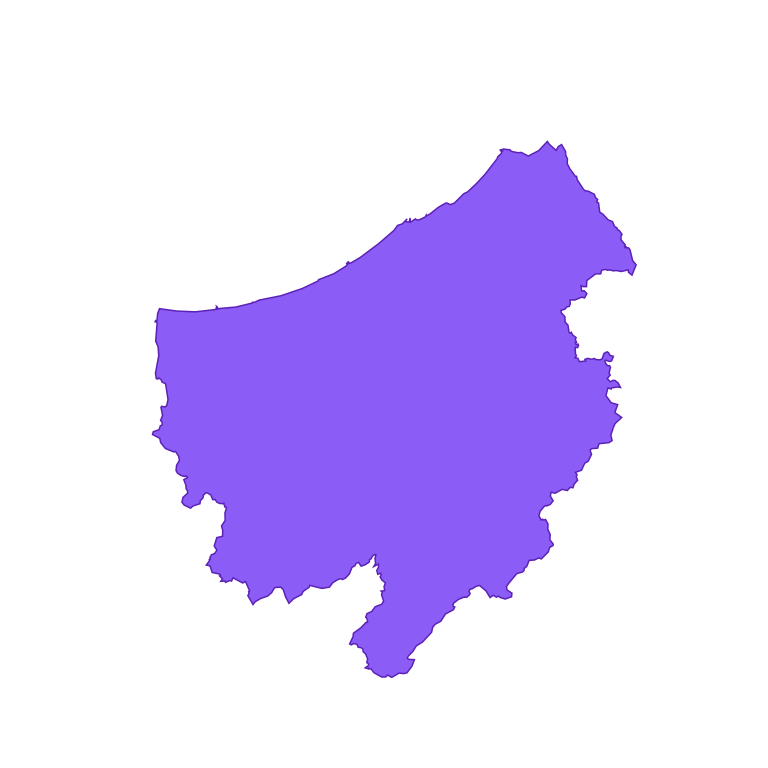 Abruzzo, Pescara, Italy (Robinson projection), rotated 287°
{"feature_id": "23120603B60396852211", "entity_name": "Abruzzo", "entity_type": "district", "adm_level": 2, "iso_a3": "ITA", "parent_name": "Italy", "parent_adm1": "Pescara", "projection": "robinson", "projection_center": [14.015, 42.289], "detail": "fine", "context": "isolated", "style": "filled", "palette": "violet", "viewbox_px": 768, "rotation_deg": 287, "n_neighbors": 0, "source": "geoboundaries", "source_scale": "gbopen_adm2", "svg_char_len": 6159}
<svg xmlns="http://www.w3.org/2000/svg" viewBox="0 0 768 768"><g transform="rotate(287 384 384)"><path d="M211.9,225.3L209.8,228.3L208.7,235.3L211.6,237.1L215.7,243.0L218.7,242.5L222.2,244.2L224.8,243.8L227.8,245.4L228.2,246.6L227.3,250.7L223.3,254.1L224.2,256.3L222.2,258.6L221.7,261.5L222.3,264.8L223.2,265.6L219.9,267.7L220.3,268.4L219.3,269.6L214.2,269.6L207.0,272.0L200.7,270.1L197.0,272.5L191.2,274.1L188.2,269.0L179.4,269.0L176.2,272.8L172.4,271.6L170.2,268.9L167.2,268.3L165.7,269.1L165.2,268.2L163.9,268.7L158.9,267.0L159.2,270.8L153.5,274.8L154.2,282.7L153.2,283.5L152.4,282.8L150.5,286.5L147.6,285.6L149.1,289.6L148.0,290.4L151.1,294.4L151.0,295.8L154.5,296.3L152.4,307.1L154.6,309.3L146.9,316.0L146.1,315.2L144.4,316.1L141.8,315.7L134.8,323.2L138.3,324.6L143.0,329.0L147.2,334.8L151.7,337.6L156.8,338.8L157.9,340.2L159.5,344.6L158.0,347.7L151.7,352.1L146.5,357.2L152.3,360.4L158.5,366.8L162.0,367.3L167.7,371.8L169.7,371.9L170.4,384.5L173.8,391.2L179.2,393.2L183.8,397.4L185.2,399.7L184.9,401.5L187.3,404.0L192.1,406.4L199.3,407.0L201.6,409.3L204.3,409.8L206.0,411.8L203.1,415.4L205.8,419.0L209.5,422.0L211.8,421.5L213.1,422.8L216.0,423.2L218.3,425.0L218.3,426.2L214.4,426.4L210.0,428.4L206.4,427.6L210.2,431.3L207.1,432.3L203.6,431.6L200.2,433.7L202.0,436.2L200.2,437.2L198.4,436.7L195.9,439.3L194.3,443.4L190.2,443.3L186.6,445.1L185.1,441.8L184.5,443.2L181.7,443.3L176.5,447.0L172.8,446.3L168.4,440.7L162.8,438.7L159.5,434.9L155.7,434.7L154.1,436.8L151.4,437.9L150.8,436.5L144.4,433.3L136.7,427.6L133.5,428.3L125.3,427.1L125.0,429.1L126.9,430.8L127.2,434.2L124.7,436.3L125.1,439.3L124.4,441.2L121.8,442.4L120.6,445.2L116.4,448.7L112.6,449.0L111.6,451.3L110.0,451.3L107.1,449.0L107.0,451.4L107.8,452.3L107.0,452.8L107.8,454.9L105.0,458.7L103.1,467.5L104.4,471.4L106.7,472.5L105.7,477.2L112.0,483.0L112.8,487.6L114.5,490.4L122.2,493.2L129.3,493.7L127.9,488.2L128.5,486.6L130.6,486.6L136.7,489.8L143.1,491.5L148.4,496.2L160.5,502.1L165.5,501.7L169.0,503.0L173.8,507.7L182.0,510.0L188.5,516.4L191.4,516.9L192.0,514.7L194.6,514.5L199.8,518.2L203.4,522.6L204.3,525.5L207.0,527.2L208.9,527.6L210.6,525.8L213.3,526.5L213.8,528.1L217.5,531.3L219.3,534.3L215.9,542.1L210.8,547.9L213.9,550.2L213.0,553.8L214.7,555.7L213.8,557.2L213.8,562.8L217.8,568.2L221.4,567.5L223.1,561.7L226.4,560.3L229.7,561.5L241.5,566.4L244.6,571.3L246.5,572.4L248.8,572.0L251.0,573.8L257.8,574.4L259.7,579.4L263.0,582.9L262.7,585.6L271.4,590.2L276.1,590.2L279.0,592.9L280.4,592.6L283.6,588.1L288.6,587.0L293.0,583.1L298.0,581.8L301.7,578.1L300.6,576.6L301.0,575.0L299.9,574.0L303.3,570.7L307.9,570.5L314.5,573.3L315.1,575.4L317.6,578.3L321.7,579.9L325.4,575.9L329.3,575.4L329.6,579.6L335.4,585.3L335.7,590.4L339.6,592.3L340.0,595.0L343.8,595.1L348.6,597.3L351.5,595.0L353.6,595.2L355.5,592.9L359.3,598.1L366.9,599.1L369.8,601.9L377.5,603.0L381.0,600.4L382.9,601.5L385.1,607.0L389.8,607.1L393.7,616.3L396.6,618.7L401.3,615.9L409.6,616.0L413.8,616.6L421.5,621.1L424.2,613.1L432.6,613.5L432.5,606.7L437.8,599.6L445.7,599.3L445.7,602.7L446.6,602.5L449.4,608.0L449.8,611.2L453.4,607.7L454.9,603.9L454.5,602.0L452.3,599.7L454.5,595.9L458.7,597.7L460.3,596.0L466.2,595.7L467.5,594.3L466.9,592.9L467.7,590.9L470.4,588.4L471.5,589.0L471.5,593.2L472.6,594.9L477.5,595.3L477.6,591.5L479.6,589.6L480.0,587.9L477.5,585.4L471.9,585.3L470.2,583.4L469.4,579.7L469.9,577.7L468.4,575.4L468.0,571.1L466.3,568.9L464.9,570.1L462.5,564.3L465.3,561.9L465.0,559.0L467.4,559.8L468.4,558.5L474.8,556.1L475.4,558.5L477.7,558.8L478.9,557.9L477.7,556.4L479.6,554.9L480.1,555.9L482.6,553.9L484.6,554.1L486.0,550.1L488.2,548.0L487.1,547.1L487.4,545.9L494.1,542.7L496.2,539.1L501.2,537.3L504.0,532.7L506.1,531.7L508.4,535.1L511.3,536.4L512.4,538.5L515.2,538.7L518.8,537.3L520.0,541.7L524.9,547.8L524.9,550.6L529.7,551.6L531.7,548.1L530.7,545.8L535.6,543.7L535.3,545.9L536.3,549.2L542.2,547.7L551.2,554.2L552.7,559.0L556.6,558.9L558.4,562.6L558.1,564.5L559.2,566.8L559.2,570.1L560.4,572.8L561.0,578.1L564.5,584.0L562.3,585.2L560.6,589.3L571.7,590.3L574.7,585.7L584.2,580.1L585.7,578.1L584.9,574.7L586.0,575.3L586.5,573.7L587.6,574.0L591.2,568.5L594.8,567.4L596.6,567.9L599.5,564.2L600.0,562.0L601.4,561.1L602.0,558.5L606.1,555.0L606.5,550.4L610.4,543.7L611.4,540.1L619.9,536.2L620.4,534.1L622.9,534.4L624.2,531.6L626.9,529.8L628.1,523.1L627.6,519.8L628.6,517.7L635.8,509.1L638.9,507.4L638.5,506.4L643.9,499.1L648.3,494.8L652.9,493.6L656.1,490.8L659.4,489.7L664.9,483.8L662.1,481.3L657.8,480.3L661.5,472.1L663.7,469.3L652.5,463.8L644.2,455.4L645.6,447.6L644.3,444.4L643.7,437.9L644.8,436.0L643.6,429.5L642.0,427.3L642.8,428.8L641.6,429.4L641.0,428.4L642.2,426.3L641.3,427.0L640.9,428.0L640.9,428.7L638.5,428.7L634.5,426.3L632.7,426.4L613.8,419.2L602.7,413.8L592.2,407.8L589.2,404.6L577.6,398.4L574.9,394.9L575.5,391.4L574.9,389.9L568.7,384.2L559.7,378.0L557.2,375.5L557.9,375.0L555.9,374.7L551.0,369.3L550.5,367.1L551.1,365.8L547.0,362.4L547.0,361.6L549.2,360.9L550.4,360.4L547.3,360.7L547.6,361.2L546.5,361.7L545.6,357.8L546.3,357.3L545.5,356.9L548.7,357.8L542.5,354.7L539.6,350.6L533.9,348.7L516.6,337.8L498.1,324.3L490.2,317.1L489.3,315.5L490.1,314.7L489.5,314.2L489.2,314.0L489.2,315.3L487.9,313.8L488.7,313.4L490.8,314.8L490.0,313.8L488.3,313.0L487.3,313.9L485.4,313.0L474.8,303.8L464.6,290.9L463.3,290.9L451.4,277.9L438.3,259.7L427.7,240.0L424.2,236.2L423.7,234.3L422.9,234.3L414.3,219.9L407.8,203.9L407.6,203.0L409.0,201.9L409.2,201.3L407.0,202.9L406.4,201.7L408.2,201.8L408.6,201.4L406.5,201.4L405.5,200.1L397.8,182.3L393.2,164.6L390.4,147.3L385.4,146.9L377.7,148.4L377.9,147.1L376.6,146.9L376.8,148.2L376.0,149.2L358.3,153.1L353.5,157.1L345.2,160.3L327.6,162.3L322.6,164.6L322.5,166.1L324.0,167.0L322.8,169.7L321.0,171.2L320.3,175.1L306.0,182.0L299.9,182.5L297.9,181.2L297.8,178.1L296.5,177.5L289.3,181.4L283.8,181.0L282.6,183.0L280.0,183.8L278.5,182.3L274.5,182.2L270.9,177.3L268.0,177.4L266.5,185.5L262.7,187.5L258.4,193.8L257.6,202.8L258.5,204.4L254.9,208.7L251.1,210.7L245.7,209.4L240.5,210.4L238.4,212.5L237.2,216.4L237.2,220.3L238.3,221.6L237.0,223.5L234.0,220.5L229.4,224.1L225.8,225.5L224.5,227.3L222.1,228.1L216.8,224.9L211.9,225.3Z" fill="#8b5cf6" stroke="#5b21b6" stroke-width="1.5"/></g></svg>